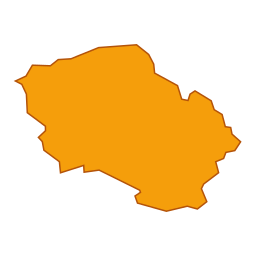 the District of Lisburn
{"feature_id": "GBR-2090", "entity_name": "Lisburn", "entity_type": "District", "adm_level": 1, "iso_a3": "GBR", "parent_name": "United Kingdom", "parent_adm1": "", "projection": "natural_earth1", "projection_center": [-6.062, 54.5], "detail": "fine", "context": "isolated", "style": "filled", "palette": "amber", "viewbox_px": 256, "rotation_deg": 0, "n_neighbors": 0, "source": "natural_earth", "source_scale": "10m", "svg_char_len": 719}
<svg xmlns="http://www.w3.org/2000/svg" viewBox="0 0 256 256"><path d="M240.6,141.8L234.8,150.6L225.9,152.4L223.6,158.5L215.7,161.7L218.6,172.7L203.7,184.0L201.4,188.7L206.8,201.7L197.4,209.0L187.2,206.2L166.4,211.2L137.5,203.1L135.0,196.0L140.5,192.3L139.7,190.2L99.1,170.1L84.1,172.2L83.7,165.4L60.5,172.8L59.4,161.7L43.9,150.2L42.3,141.6L38.4,137.4L45.5,130.7L45.4,126.2L27.3,112.7L26.4,94.1L21.8,84.3L15.4,81.0L26.0,76.1L32.4,65.2L50.4,65.8L58.2,59.6L70.9,58.8L98.6,47.6L136.6,44.8L148.7,54.5L153.7,64.1L154.6,73.1L177.5,85.6L181.7,99.2L188.0,100.5L190.1,94.1L195.0,90.9L211.2,100.8L214.2,109.7L222.1,114.5L225.3,126.7L230.7,127.5L232.0,134.1L240.6,141.8Z" fill="#f59e0b" stroke="#b45309" stroke-width="1.5"/></svg>